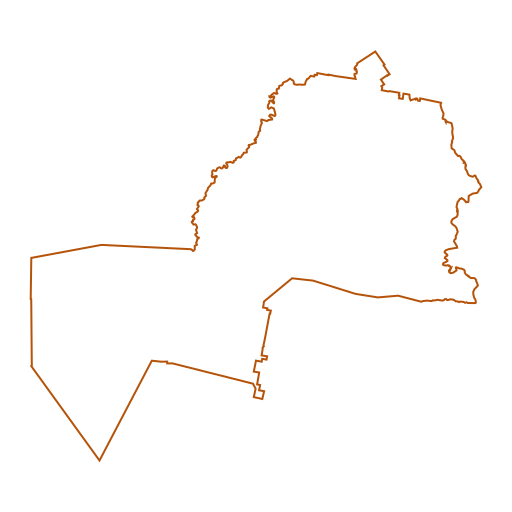 outline of Kentish, Tasmania, Australia
{"feature_id": "25037944B6865905771327", "entity_name": "Kentish", "entity_type": "district", "adm_level": 2, "iso_a3": "AUS", "parent_name": "Australia", "parent_adm1": "Tasmania", "projection": "mercator", "projection_center": [146.299, -41.463], "detail": "fine", "context": "isolated", "style": "outline", "palette": "amber", "viewbox_px": 512, "rotation_deg": 0, "n_neighbors": 0, "source": "geoboundaries", "source_scale": "gbopen_adm2", "svg_char_len": 6030}
<svg xmlns="http://www.w3.org/2000/svg" viewBox="0 0 512 512"><path d="M31.3,257.9L30.7,299.0L31.2,299.1L31.3,306.4L31.8,366.2L31.4,366.3L99.5,460.5L151.8,360.7L161.2,361.7L167.2,361.6L167.2,363.4L172.6,363.4L253.0,383.7L255.6,388.7L253.8,397.1L262.3,399.0L264.1,391.2L259.1,390.3L260.1,385.0L257.1,384.4L259.2,372.5L253.8,371.6L256.0,360.6L261.7,361.7L262.2,358.8L266.5,359.6L267.1,356.3L261.6,355.4L262.7,348.9L262.5,348.0L263.4,346.8L263.2,346.8L265.2,337.2L269.3,315.2L269.7,313.5L270.2,313.6L270.8,310.6L267.1,309.9L267.4,308.3L263.1,307.5L264.0,301.5L292.1,278.3L313.0,280.6L355.6,293.9L377.8,297.4L398.1,295.7L421.2,301.7L423.4,301.0L427.2,300.6L431.7,301.1L432.5,300.4L435.3,300.4L437.2,299.8L442.4,300.6L443.8,300.2L444.5,299.4L445.6,299.0L446.5,299.3L447.1,300.1L448.8,299.9L449.9,299.3L453.1,299.6L454.5,300.3L455.5,301.2L457.9,301.5L459.0,302.1L460.2,301.6L463.5,301.9L465.1,302.8L466.6,302.3L467.8,303.0L475.5,303.1L475.8,302.2L475.6,300.5L475.3,299.4L474.2,297.8L473.4,294.8L473.2,292.0L474.4,289.2L477.9,285.6L477.0,282.8L476.2,281.2L476.1,280.1L475.4,278.9L474.2,278.1L471.3,278.0L471.8,278.3L470.7,277.9L468.7,276.6L468.9,276.5L468.7,276.1L465.9,274.4L464.8,272.6L464.6,270.4L463.8,269.6L461.5,268.6L459.7,268.5L456.4,267.3L456.0,267.4L455.8,267.9L456.4,269.3L456.5,270.4L453.3,272.6L450.9,273.2L450.3,273.0L449.2,272.1L448.9,270.7L449.2,270.3L449.3,271.0L450.0,270.6L450.9,268.4L450.5,268.7L451.0,268.1L451.1,267.5L450.1,266.3L448.8,265.3L448.4,265.4L448.6,265.8L447.6,265.2L446.2,265.6L444.3,265.3L443.3,265.0L442.9,264.2L443.4,263.1L446.7,261.6L447.5,260.9L447.3,260.0L444.8,258.0L445.4,256.7L447.0,255.9L447.4,255.3L447.2,254.7L444.6,252.4L444.8,251.3L445.8,250.3L448.9,249.1L457.2,247.7L456.9,246.2L454.0,241.4L454.5,239.7L455.5,239.0L455.8,238.4L455.8,235.8L456.4,234.9L457.7,231.8L456.9,229.0L456.2,227.4L454.7,225.8L452.6,224.4L451.4,222.8L451.3,222.1L451.5,221.0L452.7,219.1L456.7,216.8L457.4,215.6L457.7,213.7L457.5,212.7L457.6,212.4L457.9,211.3L457.5,210.4L457.2,211.2L457.4,212.5L456.9,210.6L457.5,209.1L456.6,207.3L456.7,205.7L457.6,202.0L459.0,200.4L459.7,199.0L461.2,198.7L461.5,198.1L464.0,199.7L465.9,201.7L465.7,201.8L465.9,202.1L468.1,202.1L468.5,201.4L468.7,196.0L472.7,193.6L477.1,192.9L478.2,191.5L479.0,189.8L481.3,187.2L479.9,183.9L478.4,182.5L478.1,181.4L478.4,181.2L477.9,180.0L476.6,178.5L475.4,175.7L474.5,175.5L473.2,176.5L472.4,176.7L469.6,175.7L468.7,175.1L467.8,173.7L466.9,171.0L465.5,169.0L465.4,167.5L465.8,165.9L465.5,166.0L465.6,165.3L465.8,165.3L465.0,162.7L464.5,162.4L463.9,162.8L463.7,163.7L463.6,163.0L464.5,162.2L464.1,161.3L463.1,160.7L463.1,160.4L461.6,159.0L460.6,156.8L459.8,156.0L459.2,155.8L458.0,156.0L455.3,152.9L454.3,150.1L451.7,148.4L451.3,144.8L452.2,142.1L451.9,141.2L453.1,138.2L452.2,132.4L452.6,128.2L451.6,123.4L451.0,122.9L447.4,122.0L445.8,120.5L445.7,121.8L445.5,121.4L445.7,120.4L445.5,119.8L442.7,118.7L442.6,117.8L443.3,115.6L443.5,113.3L441.7,109.5L440.5,105.1L441.1,102.8L420.2,98.4L419.8,100.9L418.0,100.7L417.3,98.9L415.9,99.5L415.8,98.5L410.6,100.4L409.7,98.1L409.4,94.6L403.5,93.6L402.7,98.9L399.0,98.3L399.5,95.4L398.9,95.3L399.3,92.8L389.4,91.1L388.6,91.5L381.8,90.2L382.2,87.3L381.4,86.1L384.2,84.4L380.9,79.6L387.1,75.3L387.4,75.7L389.6,74.2L383.5,65.3L384.5,64.6L375.3,51.5L357.2,63.3L357.2,64.4L356.7,65.3L355.1,66.9L354.5,68.4L354.7,69.5L354.9,69.5L355.0,68.5L355.4,68.3L356.3,69.2L356.1,69.7L356.5,70.3L356.4,71.3L356.8,71.6L356.8,72.8L356.4,73.6L354.6,73.9L354.4,75.4L355.2,76.7L355.2,77.7L355.6,78.9L335.8,76.1L328.5,74.6L328.4,75.2L317.3,73.1L316.9,75.1L314.6,74.8L314.3,76.5L310.6,75.9L308.4,78.6L307.1,79.0L305.6,81.9L305.0,84.5L302.3,84.8L299.5,84.5L296.8,84.8L294.3,84.2L293.8,83.3L293.8,82.1L293.1,80.6L289.9,78.6L287.3,80.8L283.2,82.6L282.8,83.1L282.8,84.2L281.9,85.2L279.3,85.9L278.8,88.6L277.1,88.9L276.7,89.8L276.6,92.0L277.4,93.4L277.1,93.7L276.2,93.8L274.0,93.0L271.8,94.6L270.4,96.2L269.3,96.3L269.5,97.1L270.5,97.6L273.6,96.4L274.0,96.5L274.3,97.4L273.1,99.8L274.1,102.5L274.0,103.2L273.6,103.3L271.2,100.6L269.6,100.8L269.2,101.5L269.5,102.1L269.4,102.6L268.1,104.9L267.8,107.6L268.9,108.9L271.2,107.4L273.9,108.5L275.1,112.9L275.4,114.7L275.2,115.7L274.6,116.0L271.2,114.6L270.1,114.7L269.3,115.8L269.3,116.3L271.5,117.8L272.2,118.9L272.1,119.5L268.5,120.0L267.1,121.1L261.6,119.5L261.2,119.8L261.2,121.8L261.8,122.4L261.9,123.1L260.7,125.7L259.9,128.9L260.1,130.8L258.8,131.6L258.1,135.2L257.5,136.0L257.3,136.9L256.4,137.5L255.6,138.6L256.0,139.6L255.5,139.8L254.9,139.4L254.5,139.9L254.8,140.8L255.9,141.9L255.8,142.9L253.2,143.5L250.6,144.7L248.8,145.0L248.6,145.5L249.2,146.7L249.2,147.1L246.6,149.7L246.9,152.1L246.7,152.5L243.7,152.8L243.1,154.3L241.8,155.4L241.5,156.6L240.3,157.6L238.6,156.9L237.6,157.7L236.1,158.3L235.6,160.2L233.8,160.9L233.6,161.6L233.7,162.4L233.5,162.6L232.5,162.8L230.3,161.8L228.7,162.4L227.3,162.2L226.6,162.5L226.3,163.0L226.3,163.5L227.3,164.9L227.6,166.6L226.8,168.0L225.6,167.8L225.1,167.2L225.1,166.2L224.5,165.6L223.8,165.5L222.8,167.7L222.2,168.3L221.1,168.4L220.1,167.4L219.2,167.3L217.1,168.5L216.5,170.3L216.1,170.8L215.2,171.0L213.4,170.2L212.4,170.9L212.1,172.7L212.4,174.5L211.7,175.7L212.0,176.9L212.7,177.3L214.8,176.4L216.5,176.0L216.8,176.3L216.6,176.8L214.9,178.1L214.6,182.5L213.1,183.4L211.1,183.6L210.4,185.4L208.1,187.8L207.6,189.8L205.6,192.9L205.5,193.9L206.1,195.7L204.3,197.4L204.5,198.5L204.1,199.2L201.8,200.5L199.5,200.6L198.4,202.2L197.9,202.4L197.6,203.5L197.9,204.4L197.5,205.0L198.6,205.8L198.7,206.5L196.9,209.1L197.9,210.1L198.1,210.9L197.6,211.6L195.3,213.0L194.1,214.7L192.3,216.5L192.6,217.2L193.5,216.9L194.2,217.3L194.5,218.8L194.3,219.3L193.0,219.9L193.0,221.2L191.8,221.7L192.0,222.6L193.6,224.6L195.1,224.3L195.8,224.5L197.0,226.9L197.0,228.0L196.0,229.8L197.1,233.1L195.5,234.1L195.3,234.8L197.1,237.0L198.8,237.7L198.6,238.4L197.5,238.8L197.2,239.4L197.0,240.7L196.1,242.9L197.0,244.7L194.7,245.9L194.8,249.4L193.6,250.8L192.8,250.9L192.1,250.0L190.9,249.2L101.4,244.9L31.3,257.9Z" fill="none" stroke="#b45309" stroke-width="2"/></svg>